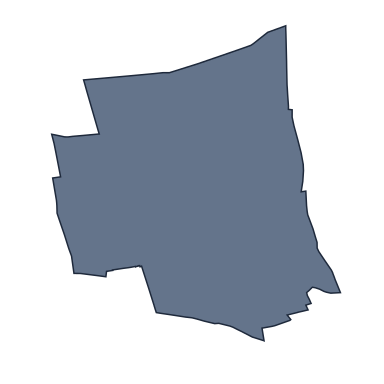 the district of Capital, San Juan, Argentina, rotated 354°
{"feature_id": "61730980B45550942809451", "entity_name": "Capital", "entity_type": "district", "adm_level": 2, "iso_a3": "ARG", "parent_name": "Argentina", "parent_adm1": "San Juan", "projection": "equal_earth", "projection_center": [-68.531, -31.533], "detail": "fine", "context": "isolated", "style": "filled", "palette": "slate", "viewbox_px": 384, "rotation_deg": 354, "n_neighbors": 0, "source": "geoboundaries", "source_scale": "gbopen_adm2", "svg_char_len": 1893}
<svg xmlns="http://www.w3.org/2000/svg" viewBox="0 0 384 384"><g transform="rotate(354 192 192)"><path d="M323.4,286.8L323.0,285.8L322.4,284.2L316.7,273.7L311.9,264.6L310.6,260.9L311.1,255.3L311.1,255.1L310.0,249.6L308.5,241.4L305.1,228.3L304.7,226.9L304.5,223.2L304.5,217.5L305.3,203.0L300.6,203.2L303.3,193.0L305.1,182.5L305.5,176.2L304.6,164.4L302.6,150.9L300.3,136.8L299.4,128.1L300.2,120.7L296.5,119.9L296.9,116.8L297.3,105.2L297.6,98.9L297.7,95.7L298.0,91.9L299.2,77.5L299.7,72.0L301.9,45.0L302.3,39.4L302.6,36.5L301.8,36.7L284.0,41.1L274.8,46.9L268.7,50.8L265.9,52.3L256.4,54.6L247.0,56.8L210.6,65.2L181.9,71.0L175.8,70.3L166.3,70.3L143.1,70.0L118.4,69.6L102.0,69.3L95.9,69.2L96.2,70.8L96.9,74.8L98.0,81.3L105.1,121.0L105.8,124.6L90.3,124.4L79.2,124.2L74.5,124.3L71.2,123.9L62.7,121.2L58.5,119.9L59.9,129.4L60.7,137.9L62.9,163.2L54.9,163.5L56.3,185.8L56.3,188.4L56.2,191.5L55.6,199.0L57.1,205.7L60.7,221.4L63.3,234.2L63.7,236.0L65.5,243.1L66.1,260.6L72.7,261.4L90.6,265.6L97.5,267.3L98.7,262.0L105.0,261.7L104.9,261.2L116.5,260.7L121.2,260.6L123.1,260.5L125.5,260.3L127.9,260.1L128.0,260.6L130.7,259.8L130.7,260.1L132.2,259.7L132.5,261.0L134.1,260.5L137.7,277.7L138.8,282.9L142.5,301.2L142.6,302.0L142.9,303.3L143.0,304.0L143.9,308.2L148.7,309.5L155.8,311.3L163.1,313.2L172.5,315.7L178.9,317.1L183.8,318.9L190.2,321.5L190.7,321.7L200.9,325.3L201.6,325.3L204.9,325.4L215.7,329.3L218.7,330.8L221.9,332.9L225.9,335.4L236.9,342.6L238.6,343.3L247.5,347.2L248.1,347.5L247.4,334.7L257.4,334.0L260.4,333.6L276.0,329.9L276.9,329.2L273.8,324.3L281.0,323.3L284.6,322.8L284.7,322.7L289.0,322.2L295.1,321.4L293.4,316.4L298.8,315.3L297.5,311.2L295.9,307.1L295.5,304.0L298.0,302.3L301.7,299.3L304.6,300.1L308.8,302.0L312.8,304.6L315.2,305.7L319.4,307.1L329.1,307.6L326.5,298.6L325.0,293.5L324.9,292.8L324.3,290.5L323.5,287.5L323.4,286.8Z" fill="#64748b" stroke="#1e293b" stroke-width="1.5"/></g></svg>